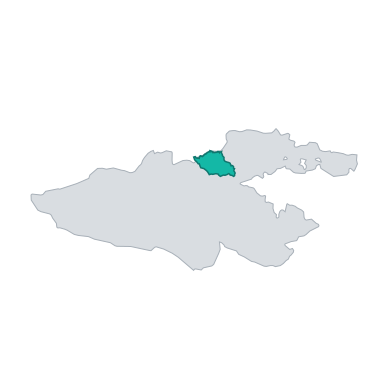 Kara-Kulja, Osh, Kyrgyzstan shown in context, rotated 190°
{"feature_id": "92254566B85310994889224", "entity_name": "Kara-Kulja", "entity_type": "district", "adm_level": 2, "iso_a3": "KGZ", "parent_name": "Kyrgyzstan", "parent_adm1": "Osh", "projection": "mercator", "projection_center": [74.361, 40.398], "detail": "fine", "context": "in_parent", "style": "filled", "palette": "teal", "viewbox_px": 384, "rotation_deg": 190, "n_neighbors": 0, "source": "geoboundaries", "source_scale": "gbopen_adm2", "svg_char_len": 6377}
<svg xmlns="http://www.w3.org/2000/svg" viewBox="0 0 384 384"><g transform="rotate(190 192 192)"><path d="M83.6,230.5L84.5,229.9L87.5,229.3L93.5,228.7L95.6,229.1L99.7,231.6L102.9,231.3L103.5,231.6L104.7,233.7L109.0,230.6L112.2,229.7L113.8,226.6L117.2,223.0L120.2,222.4L120.2,223.0L120.8,223.5L123.7,224.4L124.6,223.4L125.1,222.0L124.1,219.9L124.1,219.0L125.0,217.7L129.8,219.7L130.8,219.7L133.0,218.5L135.0,216.5L135.7,215.0L145.4,209.8L146.1,208.9L145.9,208.2L141.9,207.0L140.0,207.7L138.3,207.7L137.3,206.9L132.4,206.7L131.3,206.1L128.0,202.4L123.9,200.1L121.9,200.2L119.6,201.2L118.8,200.7L118.7,197.2L118.2,195.1L116.8,194.6L115.0,195.4L110.0,194.3L109.4,189.9L107.5,186.0L104.9,184.4L104.8,182.0L103.9,181.1L103.1,181.3L102.1,182.5L102.6,185.1L102.2,187.7L101.6,189.0L100.4,190.0L99.1,190.0L96.9,188.7L96.5,196.5L96.1,197.0L93.4,195.9L91.2,196.4L88.0,195.9L85.5,194.6L80.8,193.2L78.6,191.7L77.2,186.4L75.9,184.6L74.6,184.2L69.6,186.0L64.4,182.8L61.9,182.1L61.2,181.1L61.3,179.9L69.2,174.0L72.3,169.9L74.2,168.2L79.2,166.4L80.3,162.7L80.7,162.2L85.7,160.4L91.3,157.1L91.5,156.2L90.9,155.4L85.8,152.4L83.3,153.8L81.7,152.1L81.7,150.3L83.4,147.2L84.8,145.6L85.4,142.7L87.5,140.7L89.6,137.5L92.2,134.9L96.9,133.0L99.5,133.6L102.0,133.2L105.9,131.6L108.2,131.5L118.1,133.9L121.4,134.0L129.1,137.1L135.1,138.7L138.0,141.7L147.6,143.0L150.3,143.9L151.2,145.3L154.0,147.2L156.3,147.6L154.3,140.4L155.1,136.1L158.1,124.4L159.7,122.6L167.6,119.3L169.4,116.8L175.0,116.9L176.2,116.4L176.8,115.1L194.3,125.4L200.9,128.3L210.0,130.9L217.8,131.8L219.1,131.1L222.2,127.1L223.6,127.0L242.8,127.7L256.5,125.5L258.5,125.7L263.6,127.9L279.9,128.6L286.2,130.1L296.4,129.5L300.6,129.8L308.3,132.7L311.0,133.3L316.0,133.8L317.9,133.3L319.0,133.9L320.1,137.6L324.8,142.2L326.5,144.7L328.3,145.7L337.3,146.4L340.7,147.4L348.9,156.1L350.0,161.1L349.1,162.2L340.3,162.8L338.4,163.6L336.2,167.3L324.4,171.9L322.7,171.8L306.9,180.3L296.0,187.5L295.5,191.0L289.1,198.8L284.3,199.8L280.3,199.6L273.6,202.0L265.0,201.2L262.1,201.3L256.5,200.2L254.2,200.8L251.8,202.4L248.5,208.6L247.2,210.1L246.6,211.5L246.1,214.5L244.8,217.7L242.0,222.5L239.6,224.8L237.3,226.2L235.6,223.3L232.7,225.3L230.0,224.9L228.3,225.5L224.5,228.1L218.9,228.0L218.3,227.1L217.2,220.0L216.3,216.7L215.5,215.9L214.5,215.8L206.4,221.4L202.7,222.4L199.7,222.5L195.7,220.9L194.8,221.3L194.1,222.2L193.8,223.3L195.0,226.5L194.7,227.1L192.9,227.1L190.3,227.8L182.7,234.3L177.8,236.0L173.3,236.6L170.6,237.8L169.1,240.2L166.1,246.9L166.2,248.3L167.5,250.1L168.4,254.1L168.2,255.2L165.8,258.5L162.7,259.5L160.3,260.0L155.7,259.6L153.3,260.2L148.9,262.7L145.3,263.2L138.5,263.3L131.8,262.3L129.6,262.6L123.7,264.1L121.7,266.5L120.6,268.6L120.1,268.9L117.7,267.0L114.7,263.6L113.2,263.6L107.9,266.4L107.1,266.3L105.6,265.3L105.8,260.9L104.1,260.1L100.5,259.8L99.2,258.9L99.6,256.1L99.2,255.0L98.3,254.2L96.4,254.4L92.6,256.8L88.2,257.6L86.7,258.3L84.9,261.4L79.0,262.0L77.1,261.3L73.5,255.7L70.5,254.8L67.4,255.0L63.1,256.5L62.1,255.3L61.0,255.0L60.0,255.9L54.8,256.1L49.6,256.0L46.6,255.3L44.6,255.3L40.7,256.9L36.0,257.2L35.5,251.9L34.0,248.4L35.4,242.5L36.2,240.6L39.8,242.8L41.1,242.4L41.4,241.3L40.9,238.7L42.6,235.8L55.2,231.9L69.1,237.6L70.9,241.3L72.1,241.1L74.0,239.5L74.6,236.3L77.3,234.5L83.3,232.4L83.6,230.5ZM90.7,243.5L91.0,242.9L89.9,240.2L91.4,237.6L88.5,237.2L87.1,236.4L85.5,233.8L85.0,233.7L84.1,234.4L83.7,236.1L84.1,238.0L86.1,239.7L85.1,243.4L89.3,243.8L90.7,243.5ZM76.2,246.0L76.1,245.2L75.2,244.8L70.0,243.8L70.1,244.6L72.2,247.3L73.7,247.4L76.2,246.0ZM107.2,241.3L107.5,239.6L104.3,240.6L104.0,241.5L105.0,242.5L106.4,242.9L107.2,241.3Z" fill="#d9dde1" stroke="#a8b0b8" stroke-width="1"/><path d="M171.4,236.8L171.3,236.7L171.2,236.5L171.2,236.4L171.3,236.4L171.5,236.2L171.7,235.9L171.8,235.9L172.0,235.8L172.0,235.7L172.1,235.8L172.4,235.9L172.4,236.1L172.5,236.1L172.7,236.3L172.7,236.5L172.8,236.5L172.9,236.4L173.0,236.4L173.3,236.4L173.4,236.2L173.5,236.1L173.9,236.2L174.0,235.9L174.2,235.7L174.3,235.4L174.5,235.3L174.8,235.4L175.0,235.5L175.2,235.4L175.3,235.3L175.4,235.2L175.5,235.1L175.8,235.1L176.1,235.0L176.2,234.9L176.3,235.0L176.5,234.9L176.8,234.8L177.0,234.7L177.3,234.7L177.4,234.8L177.5,234.8L177.9,234.7L178.0,234.6L178.2,234.4L178.3,234.5L178.5,234.7L178.5,234.8L178.4,234.8L178.4,235.0L178.5,235.0L178.6,235.3L178.8,235.4L178.8,235.5L179.0,235.5L179.2,235.4L179.3,235.3L179.4,235.2L179.5,235.2L179.8,235.2L179.8,235.3L179.9,235.5L180.0,235.6L180.3,235.7L180.4,235.8L180.5,235.9L180.8,235.9L181.0,235.8L181.1,235.7L181.3,235.6L181.5,235.4L181.5,235.2L181.6,235.3L181.6,235.2L181.8,235.1L182.0,235.0L182.1,234.8L182.1,234.7L182.3,234.7L182.5,234.4L182.8,234.3L182.9,234.2L183.0,234.1L183.3,233.9L183.5,233.8L183.5,233.7L183.8,233.6L183.9,233.4L184.0,233.4L184.1,233.2L184.2,232.9L184.3,232.8L184.3,232.7L184.5,232.6L184.8,232.5L184.8,232.4L184.7,232.3L184.8,232.2L184.9,231.9L185.0,231.9L185.2,231.7L185.3,231.8L185.4,231.7L185.5,231.7L185.9,231.6L186.1,231.4L186.2,231.2L186.3,231.1L186.4,230.9L186.5,230.7L186.6,230.4L186.8,230.3L186.9,230.2L186.9,229.9L187.0,229.8L187.0,229.7L187.3,229.6L187.4,229.4L187.5,229.4L187.6,229.2L187.8,228.8L188.0,228.9L188.3,228.8L188.5,228.9L188.8,228.9L189.0,228.8L189.2,229.0L189.4,229.2L189.8,229.2L190.0,229.0L190.0,228.9L190.3,228.7L190.5,228.6L190.4,228.4L190.3,228.2L190.5,228.1L190.6,227.9L190.7,227.7L190.8,227.7L190.8,227.4L190.9,227.2L191.0,226.9L190.8,226.7L190.7,226.5L190.7,226.3L190.8,226.3L191.1,226.3L191.3,226.3L191.7,226.4L191.8,226.5L192.0,226.5L192.0,226.4L192.3,226.2L192.5,226.3L192.8,226.4L193.0,226.3L193.4,226.3L193.4,226.2L193.5,226.2L193.8,226.2L193.9,226.3L195.0,227.4L196.4,226.7L195.0,224.2L194.0,223.4L194.1,223.6L193.6,223.2L193.3,222.9L192.8,222.7L190.7,220.8L189.7,221.0L188.5,218.8L187.6,217.4L184.3,217.1L181.3,215.5L179.8,214.2L178.0,212.1L176.3,213.0L174.6,213.0L171.7,214.2L169.4,214.2L168.8,213.4L166.8,212.3L164.1,214.1L162.4,214.2L160.6,215.2L159.0,216.5L158.0,216.1L157.4,215.3L155.4,215.3L153.7,214.6L152.9,215.5L153.1,217.1L152.8,218.0L153.2,218.8L154.5,220.1L154.5,220.9L154.2,222.3L154.6,222.3L155.2,222.6L155.4,224.0L156.4,224.9L157.5,225.1L158.0,224.6L158.9,225.9L159.4,226.9L160.7,227.4L163.1,227.6L164.9,228.0L166.0,229.1L166.4,230.7L166.5,231.7L167.6,232.4L168.4,233.3L168.6,234.1L169.9,235.7L169.9,236.8L170.2,236.5L170.9,236.4L171.4,236.8Z" fill="#14b8a6" stroke="#0f766e" stroke-width="1.5"/></g></svg>